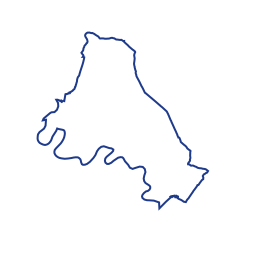 the district of Buhoci, Bacau, Romania, rotated 308°
{"feature_id": "2599482B2081503417481", "entity_name": "Buhoci", "entity_type": "district", "adm_level": 2, "iso_a3": "ROU", "parent_name": "Romania", "parent_adm1": "Bacau", "projection": "natural_earth1", "projection_center": [27.027, 46.571], "detail": "fine", "context": "isolated", "style": "outline", "palette": "blue", "viewbox_px": 256, "rotation_deg": 308, "n_neighbors": 0, "source": "geoboundaries", "source_scale": "gbopen_adm2", "svg_char_len": 5679}
<svg xmlns="http://www.w3.org/2000/svg" viewBox="0 0 256 256"><g transform="rotate(308 128 128)"><path d="M194.2,71.4L193.9,71.1L193.6,70.6L193.5,70.3L193.5,69.2L193.3,68.3L192.6,67.7L191.5,65.8L190.8,64.6L190.5,64.3L190.4,64.0L190.3,63.2L190.3,62.2L189.9,61.5L189.3,60.0L188.7,59.3L186.9,58.1L184.6,55.5L184.1,54.8L183.3,53.2L181.3,50.8L181.2,50.5L181.4,49.8L181.8,48.3L181.7,47.5L181.6,46.6L181.5,45.8L181.4,45.1L181.4,43.6L181.1,42.3L180.9,41.4L180.2,40.7L180.0,40.2L179.5,38.9L178.6,37.8L178.1,37.3L177.6,37.1L176.9,36.9L176.0,36.8L175.3,36.9L174.7,37.1L174.2,37.6L173.8,38.1L172.7,41.0L172.2,41.8L171.1,43.0L170.8,43.1L169.9,43.4L169.4,43.1L167.8,43.3L166.5,43.1L166.0,43.1L165.5,43.3L165.1,43.5L164.9,43.6L163.6,43.8L163.3,43.9L162.3,44.5L161.8,44.7L161.5,44.9L160.9,44.9L158.6,45.0L158.4,45.5L158.4,45.8L158.2,46.2L158.1,46.6L157.9,47.8L157.7,48.2L157.6,48.3L156.3,48.6L156.2,48.6L156.5,49.0L156.7,49.4L156.8,50.0L154.9,51.0L152.5,52.1L149.8,53.2L144.2,55.2L140.6,56.6L139.9,57.0L138.6,57.3L138.3,57.2L137.5,57.2L136.9,57.3L136.3,57.5L135.3,57.9L134.5,58.3L133.6,58.9L132.9,59.3L132.4,59.4L131.3,59.9L130.3,60.3L130.0,60.3L129.8,60.4L129.3,60.7L129.1,60.8L128.7,60.9L128.5,61.0L128.1,61.1L127.9,61.0L127.7,61.2L127.5,61.3L127.0,61.3L126.1,61.7L125.6,61.8L125.2,61.7L124.7,61.4L124.3,61.4L123.9,61.5L123.5,61.4L123.2,61.4L122.6,61.2L122.0,60.9L121.6,60.9L121.2,60.7L120.8,60.5L120.5,60.5L120.2,60.6L120.2,60.4L120.3,60.2L120.0,59.9L119.7,59.8L119.2,59.9L118.9,60.0L118.7,60.1L118.4,59.8L118.4,59.5L118.3,59.4L117.5,59.2L117.1,59.0L117.0,58.8L116.8,58.4L116.4,58.1L116.1,57.9L110.0,61.2L109.7,60.3L109.6,60.2L109.2,60.0L108.0,59.9L107.8,59.8L108.4,58.3L107.5,58.1L107.5,57.2L107.4,56.5L107.1,55.7L107.0,55.2L106.1,54.1L104.7,57.4L102.2,59.7L98.7,60.8L95.3,60.3L93.2,58.0L91.7,57.4L83.5,55.7L81.6,56.2L84.0,58.3L79.1,61.6L75.8,62.2L70.3,60.8L67.6,61.0L66.3,61.7L64.2,63.1L63.2,64.1L62.8,64.7L62.2,66.0L61.9,67.6L62.2,69.5L62.7,71.4L63.4,72.8L63.8,73.3L65.3,74.4L66.3,74.8L67.3,75.1L69.5,75.2L71.1,75.0L74.8,73.8L81.6,73.2L84.0,72.5L84.5,74.0L85.8,76.5L86.5,78.0L86.7,79.2L86.2,80.2L85.1,81.4L83.7,82.3L81.7,83.3L79.4,84.0L76.7,84.4L74.4,84.5L67.7,83.8L65.7,83.8L64.3,84.4L63.0,85.4L62.2,86.9L61.8,88.5L61.8,90.4L62.2,92.3L63.2,94.4L64.8,97.1L67.3,99.8L69.3,101.7L71.2,103.3L72.8,104.9L74.0,106.6L74.2,108.1L74.0,109.7L73.4,110.7L72.1,112.2L71.1,114.0L71.3,115.2L72.6,116.7L74.6,117.9L77.9,118.8L83.1,119.2L86.6,119.0L90.7,117.9L93.7,117.8L96.7,118.5L98.7,120.2L99.6,122.6L100.6,125.5L101.8,127.6L102.0,129.7L100.8,130.4L98.6,130.3L92.2,128.9L90.0,128.9L87.9,130.0L86.8,131.6L86.8,133.6L87.9,135.0L90.3,136.2L93.2,136.8L98.5,138.5L100.4,140.0L101.4,141.6L101.3,143.0L99.9,146.2L99.1,150.8L97.9,153.9L98.6,156.8L101.1,158.4L104.8,161.0L106.4,163.6L106.0,166.5L104.0,168.9L100.6,170.1L97.8,171.5L96.1,173.5L95.4,175.7L95.7,178.5L95.8,180.7L95.3,181.8L94.2,182.6L92.7,182.9L90.6,182.4L89.1,181.2L86.5,180.6L84.3,180.6L82.8,181.1L81.8,182.4L81.7,184.9L82.7,187.3L84.6,190.0L86.7,193.1L88.5,198.3L84.0,202.2L93.3,203.3L99.7,204.4L99.9,203.7L100.8,204.0L100.9,204.4L101.7,204.8L102.2,205.4L102.1,205.5L101.9,205.4L101.6,205.6L102.6,206.0L103.1,206.0L103.3,206.2L103.4,206.4L103.0,207.4L102.7,207.5L102.5,207.9L102.6,208.0L102.8,208.2L103.0,208.5L103.3,208.5L104.4,208.0L104.6,209.0L104.8,209.4L104.8,209.6L104.5,209.8L104.1,210.0L103.5,209.9L103.2,210.4L103.5,210.9L103.4,211.9L103.5,212.2L103.7,212.8L104.0,214.0L104.1,214.9L104.2,215.7L104.2,216.3L104.2,217.2L105.2,219.2L107.5,218.8L108.8,218.8L109.7,219.0L110.5,218.9L113.6,218.7L116.7,218.5L117.2,218.5L118.9,218.3L120.7,218.3L124.2,218.2L125.4,218.0L125.8,217.9L126.3,218.5L126.7,218.6L128.8,218.4L129.8,218.4L132.1,218.3L133.2,218.5L133.9,218.8L135.3,217.9L136.2,216.5L138.1,216.3L139.4,216.9L140.3,217.1L140.6,217.2L141.3,217.7L142.3,217.7L142.6,217.7L143.2,217.5L143.4,217.5L143.4,217.2L143.2,217.1L143.2,216.9L143.4,216.6L143.4,216.2L143.4,215.0L143.2,214.2L143.0,213.9L142.7,213.2L142.5,212.9L142.1,212.3L141.8,211.8L141.7,211.4L141.3,210.5L140.6,209.5L140.3,209.0L140.1,208.6L139.6,207.5L139.5,207.1L139.4,206.6L139.5,206.2L139.4,205.7L139.0,204.7L138.7,203.4L138.6,202.9L138.5,202.5L138.3,202.2L137.7,201.4L137.3,201.1L137.1,200.7L137.0,200.4L137.1,199.5L137.0,198.9L137.0,198.6L136.4,197.7L136.8,197.3L138.1,197.0L138.9,197.1L140.4,197.0L140.7,196.7L141.3,196.2L141.5,196.1L142.2,195.9L142.8,195.6L143.5,195.0L144.2,194.2L144.9,193.7L145.4,193.3L146.6,192.5L146.9,192.2L147.7,191.7L148.3,191.5L148.4,191.4L148.5,191.2L148.5,190.8L148.4,190.1L148.4,187.6L148.4,187.3L148.9,186.2L149.1,185.5L149.2,185.1L149.1,184.8L149.3,184.0L149.2,182.5L149.3,182.0L149.3,180.6L149.4,179.9L149.4,178.8L149.5,178.3L149.9,177.7L150.5,177.0L150.9,176.3L151.4,175.5L151.5,175.3L151.9,174.5L151.9,174.2L151.8,173.5L151.6,173.4L152.2,172.3L152.3,172.0L152.8,171.2L153.2,170.8L153.9,169.3L154.4,168.5L155.3,166.7L156.0,165.3L157.7,162.1L159.0,159.6L159.6,158.4L160.1,157.7L160.7,156.2L161.2,155.5L161.4,155.1L161.8,154.3L162.6,153.0L163.2,151.8L163.9,150.6L164.1,150.0L164.7,148.8L164.9,148.3L165.4,142.1L165.4,140.8L165.8,133.5L166.3,120.2L166.2,119.6L168.2,115.6L169.0,113.8L169.2,113.1L171.5,108.5L173.7,103.5L174.0,102.9L174.4,102.3L174.8,102.0L175.2,101.5L175.5,100.9L175.9,100.4L176.3,100.0L176.9,99.7L177.3,99.5L177.6,99.3L177.8,98.7L178.3,98.0L179.5,96.4L179.9,95.9L180.3,95.6L181.1,94.5L181.7,93.9L182.1,93.4L182.8,92.9L183.9,92.3L186.2,90.9L187.1,90.3L187.7,89.6L188.9,88.3L189.2,88.0L190.6,87.4L191.1,87.2L192.0,87.1L192.3,86.9L192.6,86.4L192.6,85.8L192.7,84.2L192.6,83.8L192.6,82.9L192.8,78.6L192.9,78.2L193.1,77.0L193.2,75.5L193.3,73.8L193.4,72.8L193.5,71.9L194.2,71.4Z" fill="none" stroke="#1e3a8a" stroke-width="2"/></g></svg>